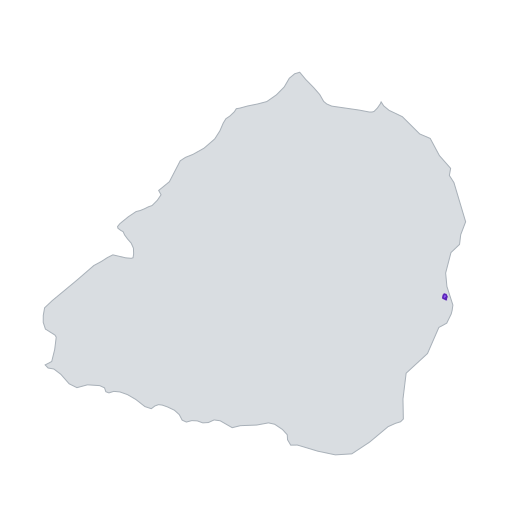 location of Nicolich, Canelones, Uruguay, rotated 277°
{"feature_id": "84410073B10990004247606", "entity_name": "Nicolich", "entity_type": "district", "adm_level": 2, "iso_a3": "URY", "parent_name": "Uruguay", "parent_adm1": "Canelones", "projection": "orthographic", "projection_center": [-56.036, -34.803], "detail": "fine", "context": "in_parent", "style": "filled", "palette": "violet", "viewbox_px": 512, "rotation_deg": 277, "n_neighbors": 0, "source": "geoboundaries", "source_scale": "gbopen_adm2", "svg_char_len": 2789}
<svg xmlns="http://www.w3.org/2000/svg" viewBox="0 0 512 512"><g transform="rotate(277 256 256)"><path d="M424.2,361.4L420.6,364.4L416.8,370.3L412.1,384.3L397.1,403.6L393.9,414.6L378.0,425.8L366.7,438.5L359.5,438.1L353.0,443.5L315.5,459.9L302.2,456.6L292.3,456.6L283.2,449.1L262.2,446.3L249.0,449.2L231.3,457.4L226.0,457.3L222.2,456.8L212.6,453.5L207.4,446.2L180.1,438.1L158.0,419.3L132.0,419.3L112.2,422.1L109.1,419.7L106.9,414.8L102.7,407.9L85.2,391.5L71.3,375.2L68.3,359.0L69.8,341.2L73.4,320.1L72.5,313.5L77.5,309.7L82.4,308.8L87.1,303.3L91.3,295.0L91.9,288.7L88.3,277.3L85.7,261.2L82.7,253.3L88.1,240.5L88.2,234.4L84.9,229.0L83.9,223.5L85.2,217.8L84.8,212.3L82.7,207.1L84.1,202.7L89.2,199.2L93.0,193.8L95.4,186.6L96.6,181.2L96.6,177.4L94.9,174.0L91.7,170.7L93.0,164.1L99.0,154.1L102.8,145.2L104.5,137.5L104.3,131.3L102.2,126.7L103.0,123.5L106.7,121.7L108.3,116.7L107.6,104.4L103.5,94.3L106.4,86.1L114.8,76.7L119.2,69.1L119.5,63.3L122.2,60.0L126.4,66.1L138.7,67.6L151.1,67.6L153.0,66.1L157.8,55.9L164.2,52.9L171.1,52.1L178.8,52.5L186.9,59.2L210.0,81.0L226.8,96.2L231.9,103.4L236.4,108.8L239.7,113.8L238.3,126.8L238.5,132.5L239.3,134.2L243.1,134.3L248.8,133.4L253.5,130.6L257.3,126.4L260.9,123.0L263.9,121.2L265.0,118.5L266.7,115.6L268.4,115.0L271.7,117.1L279.5,124.6L285.5,131.6L287.0,135.5L289.3,139.6L291.7,143.2L293.4,146.7L299.3,151.3L305.2,154.3L309.2,151.4L319.2,161.0L341.3,169.2L345.3,174.0L349.1,180.9L356.7,191.3L367.2,200.8L375.8,204.9L384.0,207.3L388.6,209.4L391.7,213.0L396.6,217.0L399.8,218.5L400.8,221.9L403.9,229.5L407.1,239.1L410.6,247.9L418.4,256.6L427.2,263.4L436.5,267.4L441.6,272.2L443.7,277.0L437.2,283.9L430.2,292.7L424.0,299.6L417.7,304.3L415.5,307.7L414.0,312.9L413.4,340.7L412.7,351.0L413.1,353.8L413.9,355.6L417.7,358.5L422.3,360.9L424.2,361.4Z" fill="#d9dde1" stroke="#a8b0b8" stroke-width="1"/><path d="M238.9,450.5L239.4,450.2L239.7,450.0L240.0,449.8L240.4,449.6L240.6,449.4L240.8,449.3L240.9,449.2L240.9,448.8L241.0,448.4L241.2,447.9L241.2,447.7L241.1,447.4L240.6,447.2L240.3,447.1L239.8,447.0L239.7,446.8L239.7,446.7L239.4,446.7L239.4,446.8L238.9,446.7L238.2,446.5L237.8,446.5L237.5,446.5L237.4,446.6L237.5,446.6L237.4,446.7L237.3,446.8L237.3,446.7L237.2,446.7L237.2,446.8L237.3,446.8L237.2,446.9L236.9,446.9L236.9,447.0L236.8,447.3L236.7,447.4L236.7,447.5L236.8,447.5L236.7,447.5L236.7,447.8L236.8,447.9L236.8,448.0L236.7,448.0L236.6,448.3L236.7,448.5L236.6,448.8L236.6,448.7L236.4,448.7L236.4,448.8L236.2,448.9L236.2,449.0L236.0,449.3L235.9,449.4L235.9,449.5L235.9,449.8L235.9,450.0L236.1,449.9L236.4,450.0L236.6,450.2L236.8,450.2L237.0,450.2L237.2,449.8L237.2,449.7L237.4,449.5L237.6,449.4L237.8,449.5L237.8,449.8L238.1,449.9L238.3,450.1L238.6,450.2L238.9,450.2L238.9,450.3L238.9,450.5Z" fill="#8b5cf6" stroke="#5b21b6" stroke-width="1.5"/></g></svg>